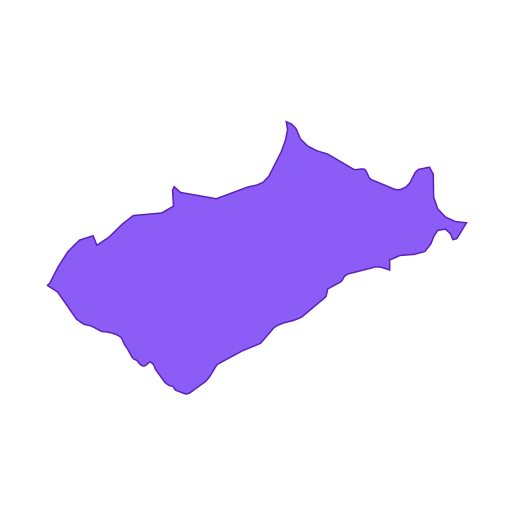 the border of North Lebanon, rotated 26°
{"feature_id": "LBN-3023", "entity_name": "North Lebanon", "entity_type": "Province", "adm_level": 1, "iso_a3": "LBN", "parent_name": "Lebanon", "parent_adm1": "", "projection": "equal_earth", "projection_center": [36.058, 34.42], "detail": "fine", "context": "isolated", "style": "filled", "palette": "violet", "viewbox_px": 512, "rotation_deg": 26, "n_neighbors": 0, "source": "natural_earth", "source_scale": "10m", "svg_char_len": 1747}
<svg xmlns="http://www.w3.org/2000/svg" viewBox="0 0 512 512"><g transform="rotate(26 256 256)"><path d="M373.0,100.1L379.5,104.8L389.9,125.3L398.7,134.0L409.1,137.9L420.0,137.7L430.6,133.9L428.9,152.3L425.8,155.0L421.1,150.8L414.6,148.8L408.1,153.2L407.2,160.2L407.8,168.7L405.8,177.9L397.3,185.3L385.2,192.4L377.9,201.0L382.3,210.0L382.1,210.0L372.9,211.3L367.4,213.7L366.4,215.0L346.8,231.6L345.1,234.1L344.7,235.0L344.4,236.0L344.2,237.1L344.2,239.7L343.9,240.9L343.3,242.3L334.9,254.2L336.7,261.4L336.3,262.8L324.2,290.1L322.1,293.0L318.5,296.9L309.5,304.7L305.7,309.1L304.1,311.5L303.3,313.5L298.4,332.4L284.9,347.7L268.6,370.6L267.1,385.7L265.7,390.8L256.6,407.9L254.8,410.0L253.8,410.6L252.5,411.0L242.4,411.9L238.2,409.5L235.5,410.4L232.6,410.2L229.6,409.6L214.9,401.7L212.5,399.2L211.7,398.7L209.4,397.8L208.2,397.7L207.0,397.9L206.0,399.7L204.9,402.5L204.1,403.6L203.1,404.2L201.8,404.5L200.7,404.5L197.4,403.4L194.7,402.0L191.5,402.2L189.0,401.3L180.3,395.2L176.9,393.5L171.4,388.9L169.0,388.1L165.7,387.8L159.8,388.5L154.3,389.9L151.2,391.3L149.2,391.5L138.3,391.1L132.0,392.7L130.4,392.8L122.4,391.5L93.3,375.2L81.9,374.0L81.4,373.7L82.6,371.1L82.9,352.8L85.0,334.6L90.4,319.1L100.7,309.2L108.2,316.1L115.4,303.9L122.1,285.4L128.0,273.4L152.4,258.7L160.0,247.3L152.1,233.3L152.1,229.6L160.2,232.0L195.1,222.0L218.5,197.5L225.6,191.9L230.1,186.7L232.6,178.5L233.0,151.2L231.7,138.9L229.0,128.6L224.3,122.0L229.9,121.8L233.8,123.0L237.0,124.6L244.6,131.4L254.2,134.5L264.2,134.8L275.8,133.0L286.7,133.8L305.9,135.3L307.8,134.7L313.1,131.2L315.7,130.5L317.9,131.5L323.1,135.8L325.8,136.8L352.3,135.2L356.6,133.0L360.6,128.2L362.3,122.9L362.4,111.5L363.9,107.1L373.0,100.1Z" fill="#8b5cf6" stroke="#5b21b6" stroke-width="1.5"/></g></svg>